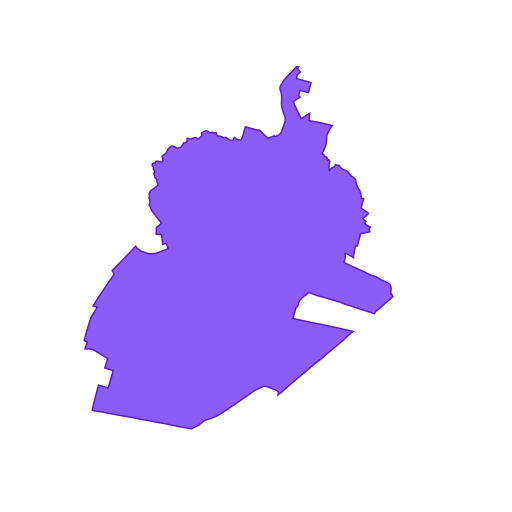 outline of Oluta, Veracruz, Mexico, rotated 196°
{"feature_id": "50627088B82247069447552", "entity_name": "Oluta", "entity_type": "district", "adm_level": 2, "iso_a3": "MEX", "parent_name": "Mexico", "parent_adm1": "Veracruz", "projection": "natural_earth1", "projection_center": [-94.896, 17.896], "detail": "fine", "context": "isolated", "style": "filled", "palette": "violet", "viewbox_px": 512, "rotation_deg": 196, "n_neighbors": 0, "source": "geoboundaries", "source_scale": "gbopen_adm2", "svg_char_len": 5646}
<svg xmlns="http://www.w3.org/2000/svg" viewBox="0 0 512 512"><g transform="rotate(196 256 256)"><path d="M166.5,172.8L161.8,180.1L161.0,181.3L158.5,184.9L158.1,185.5L154.8,190.4L154.0,191.5L153.5,192.3L152.4,193.9L148.7,199.5L146.6,203.0L145.2,205.3L143.2,208.2L141.8,210.3L150.0,209.8L161.0,209.2L162.9,209.0L168.4,208.7L186.2,207.3L192.7,206.8L203.4,206.0L203.3,211.9L203.2,217.4L202.2,219.0L201.9,221.0L202.2,222.8L202.0,224.5L200.8,227.2L200.6,227.9L195.1,235.6L191.6,235.2L186.3,234.8L181.2,234.9L180.4,234.9L177.1,234.9L172.6,234.9L162.4,234.8L160.2,234.5L156.7,234.1L152.5,234.2L151.1,234.1L137.7,233.6L134.8,233.5L126.3,233.2L125.7,235.7L123.9,238.1L122.4,240.1L122.3,240.5L122.0,241.2L120.5,243.2L119.0,245.9L115.6,250.9L115.4,251.3L113.2,254.5L115.2,256.8L116.1,256.9L116.3,258.3L116.5,259.3L117.3,262.6L118.7,264.6L119.2,265.3L120.8,266.0L122.0,266.5L126.0,267.1L129.2,267.6L134.9,269.2L135.0,269.2L139.9,269.3L143.0,269.7L145.8,270.4L150.0,270.9L153.5,271.5L156.1,272.0L158.4,272.2L160.7,272.5L161.8,272.6L164.3,273.2L169.6,273.9L169.8,279.3L170.0,280.1L171.4,282.8L169.1,283.2L164.5,282.0L161.8,281.2L162.0,281.8L162.1,282.5L162.2,282.8L162.7,287.8L163.3,293.1L161.2,293.6L161.4,296.6L161.6,305.8L161.7,306.1L153.2,310.7L154.6,313.3L154.0,315.2L155.0,315.3L160.6,317.1L160.6,317.3L159.8,319.4L163.4,321.3L160.0,327.0L159.8,328.1L168.2,331.1L168.3,334.9L168.3,336.6L168.2,340.5L169.6,340.7L170.4,340.4L171.4,342.4L172.5,345.0L174.2,347.3L176.6,349.6L178.1,351.2L178.8,352.1L179.6,353.3L181.3,356.8L184.2,358.6L187.4,359.5L190.2,361.9L193.1,363.0L195.2,363.0L197.1,363.7L199.2,364.2L199.9,365.1L201.0,366.0L202.5,365.8L203.6,365.8L204.7,365.6L205.2,363.2L206.8,362.2L207.5,361.3L209.1,358.6L210.3,361.4L211.2,366.4L211.1,366.9L212.1,368.4L212.7,368.6L213.2,368.1L213.5,367.8L214.4,369.2L215.0,370.3L217.5,370.9L218.6,372.0L220.8,372.9L220.1,375.8L219.8,378.2L219.5,380.5L219.4,382.2L219.5,383.8L219.8,384.8L219.9,385.5L220.4,387.9L221.1,390.6L220.9,392.7L220.7,394.9L220.2,397.7L218.8,402.4L224.6,402.2L232.6,401.8L238.6,401.1L242.3,400.8L243.8,408.0L247.6,403.7L250.4,400.4L255.3,406.0L258.3,409.4L261.6,413.2L262.9,414.6L257.4,420.9L258.9,421.8L259.4,422.0L259.3,427.4L250.6,427.5L250.8,437.6L250.9,437.9L256.7,437.8L259.4,437.8L265.8,437.7L266.5,441.0L264.2,445.0L268.1,447.9L267.3,449.4L269.2,449.2L270.7,446.2L271.4,444.5L272.6,442.2L274.0,440.1L274.9,438.3L275.9,436.5L277.4,432.9L278.4,429.7L279.4,426.7L279.4,424.6L278.8,422.8L277.6,421.1L276.6,419.4L275.6,417.3L275.0,415.6L274.4,413.2L273.9,411.0L273.3,408.7L272.3,406.4L271.2,404.4L269.9,402.5L268.5,400.7L267.4,399.1L266.1,397.2L265.5,395.5L265.2,393.7L265.2,391.2L265.3,388.7L265.5,387.1L265.6,384.8L265.6,382.7L266.1,380.9L266.9,379.4L268.4,377.7L270.1,376.4L271.3,375.9L271.7,376.6L277.1,372.3L286.8,377.8L287.8,378.0L290.4,377.1L290.6,377.4L296.1,377.3L301.8,377.3L301.9,372.7L301.9,372.0L301.8,368.4L301.8,366.9L302.3,363.6L302.3,363.1L305.3,362.8L307.3,363.0L308.4,363.8L309.5,364.0L309.7,362.5L309.8,361.2L310.6,360.6L311.6,360.3L313.2,360.3L315.1,360.7L317.4,361.7L318.7,361.2L320.4,360.9L321.5,361.2L323.8,361.2L326.9,360.9L327.5,362.1L328.3,363.6L329.3,362.9L331.0,362.7L332.2,362.9L332.9,362.4L334.4,361.6L337.4,362.7L338.7,362.6L341.8,360.1L342.2,359.5L342.0,358.4L341.1,356.5L342.7,354.1L344.4,352.6L346.2,353.2L347.7,352.9L351.3,350.2L353.6,350.3L354.6,349.9L353.8,347.4L353.9,346.2L356.8,344.8L356.9,343.6L357.3,342.4L358.2,339.8L360.2,338.6L361.6,337.8L363.4,338.1L364.6,338.7L366.9,338.7L368.0,337.9L369.3,336.2L370.1,333.6L370.7,330.5L372.1,328.3L373.8,326.0L372.6,324.1L371.6,321.9L371.8,321.1L372.9,320.0L374.4,320.1L377.0,320.0L378.1,319.6L378.3,318.7L378.5,317.1L379.8,317.2L381.1,316.1L380.8,314.3L379.3,313.3L378.8,311.8L378.4,310.8L376.8,309.8L376.5,308.6L377.0,307.2L376.2,306.2L375.5,305.2L375.0,303.8L372.1,301.9L371.8,300.1L369.6,297.1L371.4,294.7L372.5,293.0L375.4,289.4L375.6,287.0L376.0,286.2L375.5,285.3L375.0,284.5L374.8,283.5L374.9,282.1L374.1,281.3L372.9,279.0L372.6,275.3L367.5,270.0L356.3,261.8L355.9,261.5L359.7,255.6L359.5,255.1L357.9,249.3L352.6,250.6L348.9,241.4L346.2,243.3L344.0,241.3L343.2,240.0L343.0,239.7L342.5,238.8L342.8,238.6L348.8,233.9L353.2,230.8L354.7,230.4L356.4,229.6L358.0,229.0L360.9,228.6L364.2,228.8L367.2,229.0L369.3,229.5L371.1,230.1L372.7,230.9L374.4,232.2L378.1,224.8L385.6,210.9L390.3,202.2L389.5,201.5L388.4,200.6L387.1,199.3L390.3,190.8L392.8,182.9L396.3,172.1L398.8,163.0L394.5,163.0L394.8,161.9L397.8,150.9L397.8,147.2L398.0,138.6L398.0,136.7L397.9,127.4L394.5,126.8L394.8,119.6L390.7,120.8L387.7,121.1L384.9,120.7L383.9,120.4L379.8,119.2L371.4,116.9L370.4,116.8L370.4,106.7L361.7,106.6L361.7,88.4L371.8,88.5L371.4,69.1L370.9,62.6L368.4,62.7L362.5,63.4L358.5,63.8L354.5,64.1L348.9,64.7L345.1,65.0L344.8,65.1L342.2,65.3L340.1,65.6L336.7,65.9L334.1,66.2L333.8,66.2L332.5,66.4L331.7,66.5L319.8,67.4L319.5,67.5L316.8,67.8L307.3,68.7L297.5,69.7L297.2,69.8L294.0,69.9L285.1,70.6L282.5,70.8L276.8,71.4L276.8,71.6L273.3,71.9L272.6,71.9L272.3,71.9L271.5,72.0L271.1,72.1L270.4,72.2L266.4,75.8L264.6,77.4L262.0,81.0L259.8,84.1L254.0,87.7L250.7,90.5L249.6,91.4L248.1,92.9L246.5,94.6L244.8,96.6L241.4,100.5L237.6,105.0L236.8,106.0L234.4,108.9L233.6,109.9L224.5,121.0L223.2,122.6L222.3,123.8L219.8,126.9L212.5,133.0L209.8,133.4L203.4,132.9L201.4,132.7L199.9,132.6L198.5,132.3L197.8,131.9L197.1,131.3L196.7,130.2L196.6,129.2L196.5,128.6L195.4,130.2L193.9,132.3L193.8,132.2L193.2,133.1L191.8,135.4L190.1,138.1L189.9,138.5L188.6,140.5L188.3,140.9L187.3,142.5L183.5,148.3L182.8,149.3L181.6,151.0L174.5,161.5L173.9,162.4L167.1,172.6L166.8,173.1L166.5,172.8Z" fill="#8b5cf6" stroke="#5b21b6" stroke-width="1.5"/></g></svg>